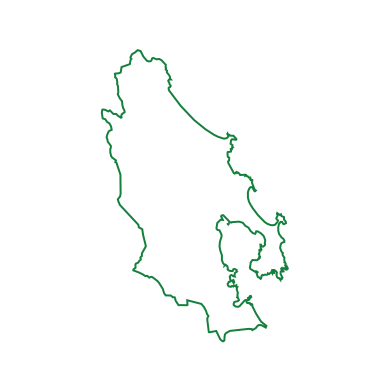 Song Cau, Phú Yên, Vietnam, rotated 342°
{"feature_id": "81297802B65581648571900", "entity_name": "Song Cau", "entity_type": "district", "adm_level": 2, "iso_a3": "VNM", "parent_name": "Vietnam", "parent_adm1": "Phú Yên", "projection": "equal_earth", "projection_center": [109.244, 13.527], "detail": "fine", "context": "isolated", "style": "outline", "palette": "green", "viewbox_px": 384, "rotation_deg": 342, "n_neighbors": 0, "source": "geoboundaries", "source_scale": "gbopen_adm2", "svg_char_len": 6094}
<svg xmlns="http://www.w3.org/2000/svg" viewBox="0 0 384 384"><g transform="rotate(342 192 192)"><path d="M177.1,342.8L178.0,340.2L179.4,337.6L180.7,336.7L185.1,335.8L203.3,339.6L206.4,340.8L206.7,342.0L210.5,341.2L213.1,339.5L214.8,339.2L217.1,340.3L220.2,343.7L221.4,342.3L217.6,336.6L215.3,327.3L214.1,319.3L214.6,317.6L214.2,317.0L213.2,317.4L212.7,315.6L212.1,315.8L211.6,315.0L210.3,314.7L209.9,313.7L210.2,311.6L209.4,311.2L208.3,311.6L201.9,315.3L200.6,315.5L198.1,314.4L196.7,312.3L197.4,310.6L198.3,309.7L202.1,309.9L203.2,309.4L203.1,307.2L202.3,306.2L203.2,305.3L203.4,303.7L204.4,302.4L204.5,298.1L205.8,296.3L204.8,295.8L205.3,294.4L203.8,294.6L203.0,293.7L202.0,294.6L200.9,293.7L199.7,294.2L197.9,293.2L197.3,291.5L197.5,290.5L199.3,288.8L200.2,289.1L201.6,288.6L202.9,288.9L203.4,291.3L204.1,291.2L204.4,290.3L204.2,288.5L202.3,288.7L201.3,287.9L201.7,284.3L202.8,283.2L204.0,283.2L205.3,284.9L206.6,285.6L206.5,284.6L207.9,282.2L210.1,281.6L209.9,281.2L210.4,280.0L208.7,278.3L207.4,278.3L206.2,279.8L203.8,278.8L202.5,277.7L202.0,276.6L202.5,275.6L202.7,273.6L201.5,271.7L200.6,272.0L201.1,271.4L200.2,270.9L199.5,268.9L199.4,266.0L200.9,261.4L200.8,256.6L201.3,252.5L203.1,248.1L206.4,243.4L206.9,241.6L206.3,236.9L204.6,236.0L204.0,234.8L204.2,233.7L206.5,229.3L210.6,227.2L212.7,228.1L212.2,224.0L213.5,223.4L214.6,223.8L218.9,232.6L220.2,233.3L220.7,233.0L227.5,234.7L230.9,237.0L232.2,240.5L234.8,243.5L235.5,246.8L237.3,250.1L239.3,251.3L241.0,249.2L242.6,250.0L244.7,252.5L246.4,255.6L246.7,257.2L246.7,260.7L245.6,262.7L245.2,264.7L244.2,265.5L242.6,265.9L241.4,265.1L241.4,263.5L240.8,263.2L240.1,266.0L240.2,268.4L239.4,268.9L238.7,268.5L238.7,267.8L238.1,268.0L237.7,270.2L236.4,271.6L236.7,272.5L236.1,274.3L236.6,274.6L236.2,275.6L235.2,276.1L235.0,275.5L233.9,276.6L232.9,277.0L228.4,275.4L225.9,277.3L225.3,279.0L223.8,281.4L223.7,283.1L227.7,287.7L228.4,287.9L228.6,287.4L229.6,288.2L229.6,289.4L229.1,288.2L228.3,289.0L228.3,292.7L228.5,293.4L229.4,293.9L230.4,295.8L231.1,295.5L232.1,293.4L233.3,292.6L234.0,293.2L235.6,293.1L237.8,293.9L238.5,293.8L239.1,292.8L240.1,293.9L242.3,292.8L242.9,293.1L243.2,294.1L243.6,293.0L244.2,293.0L244.7,294.2L245.2,294.4L245.4,293.5L244.3,292.8L243.7,291.5L244.1,291.0L246.2,291.6L247.6,293.7L247.9,295.1L246.7,296.8L246.6,299.1L247.3,300.4L248.1,300.7L248.8,302.6L249.1,301.6L249.7,301.7L249.9,302.6L250.4,302.6L251.6,301.4L250.9,297.4L251.6,295.4L252.7,294.8L253.6,295.7L254.5,295.8L254.5,295.1L253.0,293.9L253.2,292.4L254.2,292.0L254.7,292.8L255.6,293.2L255.7,293.8L255.9,293.2L256.6,294.0L256.9,293.4L257.7,293.9L257.8,294.6L258.3,294.5L258.4,295.0L259.0,294.8L259.1,293.7L259.4,293.8L259.4,292.8L258.4,292.4L258.7,291.8L258.2,291.9L257.9,290.6L258.8,289.5L258.9,288.2L258.2,287.5L258.6,287.1L258.8,284.8L259.6,282.9L258.8,280.6L258.9,278.9L259.6,278.2L258.7,276.6L258.5,272.5L260.0,269.6L261.0,268.5L262.2,268.0L264.3,268.1L264.8,266.8L264.3,264.5L263.1,262.9L261.9,258.9L262.0,256.0L263.0,252.5L264.7,249.4L267.0,247.8L268.5,248.3L268.8,250.4L269.4,251.0L271.7,250.7L272.0,249.2L271.0,246.6L271.7,244.2L269.7,242.6L269.7,240.7L268.5,241.0L266.5,238.4L266.0,239.1L266.3,240.8L264.2,242.8L264.0,243.8L265.0,245.6L264.2,246.8L260.7,248.9L257.9,248.4L256.4,247.6L253.9,245.6L251.9,243.1L247.6,234.4L244.7,226.1L243.7,221.9L243.2,218.5L243.5,214.4L245.1,209.5L247.1,206.8L248.8,205.6L249.7,205.5L250.8,206.3L251.7,210.6L252.2,210.8L253.2,210.3L252.3,209.2L251.9,201.9L253.0,199.3L251.6,199.0L251.3,198.0L251.8,197.7L251.9,196.2L250.5,195.9L249.9,194.3L248.9,193.8L248.8,192.8L247.5,193.0L247.8,192.0L243.0,190.7L242.8,189.4L241.6,187.5L240.7,187.9L240.3,186.8L238.3,187.7L237.6,187.0L235.5,175.6L235.7,174.1L237.0,173.5L238.0,170.8L236.9,169.6L237.7,166.1L238.3,165.1L241.5,165.6L242.1,164.6L242.1,163.1L242.7,162.9L243.5,163.3L244.1,161.9L244.7,162.0L244.4,161.0L245.0,160.0L243.6,158.1L245.1,155.0L246.4,154.2L249.7,155.8L250.3,155.9L250.6,155.3L248.8,151.3L246.2,150.4L244.6,148.7L244.2,149.0L243.9,147.3L243.5,147.7L243.9,150.3L241.9,151.5L239.4,151.3L238.0,150.6L233.7,147.4L230.7,144.5L224.2,136.5L216.3,124.3L207.9,106.7L201.6,88.5L201.6,86.8L202.1,85.6L203.8,85.3L204.6,84.5L204.0,82.6L204.1,80.8L203.7,79.0L205.0,77.9L206.6,78.4L206.2,77.6L206.6,75.5L206.4,74.2L205.1,70.5L205.7,68.8L204.8,67.3L205.7,66.1L205.4,65.1L206.4,63.0L203.7,57.2L202.0,55.4L199.2,54.8L196.5,52.5L195.3,52.7L193.9,54.5L192.8,54.8L191.2,54.4L189.7,53.3L187.6,48.2L186.7,42.1L184.1,40.3L180.6,41.8L177.7,42.3L175.2,44.7L175.0,45.5L175.5,46.7L174.1,47.8L172.4,51.2L163.6,51.4L161.1,56.3L158.7,56.4L155.5,55.6L155.0,56.0L155.0,57.8L154.3,59.1L155.3,60.8L155.3,61.8L154.8,64.8L154.1,66.2L154.3,68.5L152.8,74.2L151.6,76.3L152.4,81.0L153.5,84.0L152.6,88.1L152.5,91.0L152.9,93.6L152.6,95.3L149.4,96.2L148.4,97.4L148.0,99.3L147.3,99.4L144.8,96.1L144.1,94.4L141.3,93.4L139.1,89.0L137.3,89.5L134.7,86.9L132.8,86.0L132.0,86.2L130.7,88.9L129.8,94.4L132.0,96.0L132.9,99.1L134.7,101.3L135.3,104.6L134.8,108.1L132.3,108.3L131.2,108.9L128.8,111.7L127.6,113.9L127.8,115.9L127.4,118.0L129.1,123.1L128.6,124.6L127.7,125.6L126.5,129.1L126.2,132.8L126.6,134.4L129.4,138.4L128.3,139.9L129.2,140.7L129.3,153.3L123.5,171.8L122.1,174.1L119.2,176.0L119.1,178.6L119.4,182.0L130.9,206.7L130.5,209.2L133.2,212.0L132.2,217.8L131.5,228.1L131.3,229.4L125.3,235.0L124.6,237.3L122.7,238.3L122.4,240.5L120.7,241.1L119.1,242.5L116.5,242.8L115.8,243.4L114.9,246.6L112.4,247.5L112.0,248.4L116.6,252.1L119.8,255.2L121.6,257.5L123.5,257.9L124.9,260.2L127.0,260.1L128.0,260.7L131.5,265.7L132.6,268.3L134.3,275.2L134.2,279.5L135.0,282.2L139.7,283.8L141.3,286.2L142.9,286.7L143.1,287.8L142.8,290.1L144.2,295.4L152.2,298.1L152.8,298.0L154.0,293.5L166.3,301.3L167.8,305.0L168.6,309.4L168.6,312.8L169.3,315.0L167.5,316.9L167.0,318.6L164.7,330.4L164.9,330.7L172.1,331.7L173.3,340.4L173.9,341.9L175.3,343.6L176.0,343.6L177.1,342.8ZM215.9,310.2L215.8,309.0L214.8,308.9L214.1,309.8L212.4,310.1L212.3,311.6L211.8,312.1L212.5,312.3L213.5,311.8L214.1,311.0L215.9,310.2ZM216.4,234.1L217.1,233.7L217.2,233.2L216.2,233.5L216.4,234.1Z" fill="none" stroke="#15803d" stroke-width="2"/></g></svg>